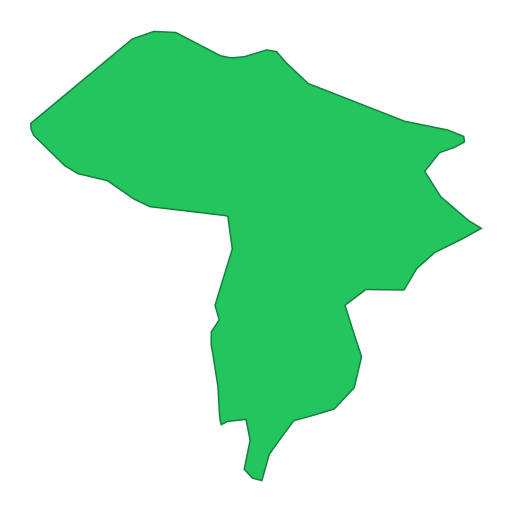 an SVG outline of Ağstafa
{"feature_id": "AZE-1676", "entity_name": "Ağstafa", "entity_type": "District", "adm_level": 1, "iso_a3": "AZE", "parent_name": "Azerbaijan", "parent_adm1": "", "projection": "mercator", "projection_center": [45.457, 41.201], "detail": "fine", "context": "isolated", "style": "filled", "palette": "green", "viewbox_px": 512, "rotation_deg": 0, "n_neighbors": 0, "source": "natural_earth", "source_scale": "10m", "svg_char_len": 908}
<svg xmlns="http://www.w3.org/2000/svg" viewBox="0 0 512 512"><path d="M261.9,480.6L252.4,478.1L244.2,469.2L250.1,440.4L246.0,419.4L227.5,421.4L221.1,424.7L221.0,424.4L219.7,417.6L218.0,387.1L213.3,356.8L211.2,344.7L211.3,332.0L215.1,326.2L219.2,319.7L217.2,312.8L215.0,305.4L232.3,248.9L229.3,227.3L227.9,216.4L225.6,215.6L150.0,206.7L134.2,199.2L107.2,180.6L78.0,173.7L64.8,165.8L33.7,135.3L31.1,129.3L30.7,123.4L132.4,38.9L153.9,31.4L175.8,32.5L188.3,39.0L220.6,55.8L231.0,57.9L244.5,56.7L266.7,49.9L276.6,51.7L286.3,62.9L308.1,83.5L404.4,121.2L448.0,130.1L463.7,136.4L464.5,141.9L455.0,147.1L439.6,152.6L424.7,171.3L440.7,196.7L468.4,220.5L481.3,228.4L460.9,239.6L434.6,252.6L416.8,268.5L404.0,290.0L365.9,289.5L345.0,305.2L353.2,331.2L361.6,356.7L354.2,387.7L334.2,409.0L313.7,415.2L293.8,420.7L282.1,436.3L269.3,454.2L261.9,480.5L261.9,480.6Z" fill="#22c55e" stroke="#15803d" stroke-width="1.5"/></svg>